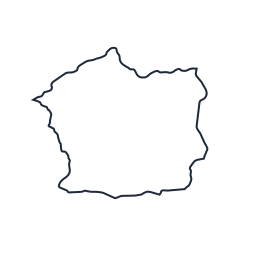 an SVG outline of Kamphaeng Phet, rotated 65°
{"feature_id": "THA-400", "entity_name": "Kamphaeng Phet", "entity_type": "Province", "adm_level": 1, "iso_a3": "THA", "parent_name": "Thailand", "parent_adm1": "", "projection": "albers", "projection_center": [99.403, 16.336], "detail": "fine", "context": "isolated", "style": "outline", "palette": "slate", "viewbox_px": 256, "rotation_deg": 65, "n_neighbors": 0, "source": "natural_earth", "source_scale": "10m", "svg_char_len": 3641}
<svg xmlns="http://www.w3.org/2000/svg" viewBox="0 0 256 256"><g transform="rotate(65 128 128)"><path d="M187.8,72.2L186.1,78.9L186.1,81.1L186.5,82.3L187.4,84.2L189.8,88.3L190.4,88.8L191.0,89.1L191.6,89.1L192.8,89.0L193.4,89.1L193.9,89.3L194.8,89.8L196.1,90.7L197.1,91.2L197.7,91.4L200.2,91.8L201.2,92.3L202.4,93.2L204.6,95.4L205.5,96.6L206.0,97.5L206.2,99.2L207.3,102.6L201.4,118.7L199.6,121.9L199.2,122.9L199.1,123.8L199.3,124.3L199.6,124.8L200.0,125.2L200.3,125.5L201.1,126.2L201.7,127.6L195.4,134.8L193.9,137.2L193.6,139.8L193.6,141.1L194.0,143.8L192.3,150.0L186.9,162.3L186.6,163.7L186.4,168.3L186.2,169.1L185.8,169.7L176.5,177.7L175.5,178.8L172.8,183.0L170.2,188.4L168.3,191.3L167.1,192.8L166.6,193.7L166.4,194.4L166.5,195.0L166.4,196.1L165.8,198.1L161.6,208.4L160.9,209.3L159.7,209.5L158.6,210.0L158.2,210.3L153.3,214.8L152.4,215.2L151.7,215.3L150.7,214.8L150.4,214.5L149.0,212.9L147.9,211.1L147.5,210.1L146.9,207.8L146.2,204.2L145.4,202.2L144.8,201.3L144.2,200.4L143.9,200.1L143.1,199.4L142.6,199.1L141.7,198.6L136.4,196.9L135.0,196.1L133.5,194.8L133.0,194.6L132.5,194.4L131.8,194.5L131.1,194.6L130.3,194.6L129.7,194.5L128.6,194.1L128.0,194.0L126.6,194.0L124.9,194.3L123.6,194.6L122.8,195.2L122.3,195.9L121.8,197.1L121.2,197.6L120.6,197.8L120.0,197.8L116.2,196.6L114.2,195.7L113.5,195.7L112.2,196.0L111.5,196.0L106.6,195.2L104.9,194.7L104.1,194.7L102.9,194.9L100.1,196.0L99.3,196.0L98.8,195.8L98.1,195.6L97.1,195.7L96.4,196.2L95.7,196.9L94.6,197.5L94.0,198.1L93.3,198.8L92.7,199.0L92.3,198.9L91.9,198.6L91.6,198.2L91.1,197.3L90.7,196.9L90.3,196.6L89.9,196.3L88.8,195.9L87.9,195.3L83.8,192.1L83.3,191.9L82.8,191.7L82.2,191.6L81.5,191.6L78.3,192.1L77.6,192.8L76.9,192.8L76.1,192.8L75.1,192.7L74.6,192.9L74.2,193.2L73.4,194.2L71.5,196.0L70.7,196.6L69.9,196.8L68.0,196.8L67.4,197.0L66.9,197.3L64.7,199.4L62.4,202.0L61.9,196.5L62.6,193.7L62.6,192.9L62.4,192.3L61.9,191.4L60.4,189.2L60.2,188.5L60.4,187.5L60.7,186.3L61.1,183.8L61.0,182.6L61.0,181.7L60.7,181.3L60.4,180.8L59.7,180.1L59.2,179.8L58.6,179.7L57.4,179.6L56.6,179.3L55.9,178.7L54.9,177.4L54.5,176.4L52.1,161.9L52.0,161.2L52.2,159.9L52.3,159.3L53.1,157.2L53.6,156.2L53.9,155.4L54.2,154.2L54.3,151.5L54.2,150.2L53.9,149.4L52.9,148.7L52.2,148.1L51.2,146.5L50.8,144.5L50.1,138.6L50.1,136.5L51.6,130.7L51.7,130.0L51.8,127.5L52.0,126.1L52.3,125.0L52.6,122.5L52.7,119.7L52.6,118.3L52.4,117.4L52.1,116.9L51.8,116.5L51.1,115.8L50.5,115.4L50.1,114.7L48.8,110.8L48.7,109.2L48.8,108.2L49.3,107.1L49.8,106.2L50.4,105.5L50.7,105.4L51.1,105.2L51.6,105.2L52.7,105.4L53.3,105.6L54.5,105.8L55.1,105.8L55.8,105.8L58.0,105.3L58.7,105.3L59.3,105.4L60.4,105.7L62.5,106.5L63.1,106.7L64.4,106.7L66.3,106.5L67.9,105.9L71.5,103.8L72.7,102.8L74.0,102.0L74.7,101.8L75.1,101.6L75.5,101.3L75.9,100.9L76.1,100.5L76.8,98.9L77.1,98.5L77.4,98.1L77.9,97.8L78.4,97.6L79.0,97.5L83.6,97.3L84.8,96.9L85.3,96.7L87.0,95.6L87.5,94.9L88.1,94.0L89.0,92.1L89.3,91.0L89.5,90.1L89.1,87.7L89.0,87.1L88.4,85.5L88.3,84.9L88.1,82.6L88.1,80.0L88.3,78.7L88.5,77.8L89.0,76.9L89.4,76.5L89.8,76.3L90.4,76.1L91.0,75.5L91.6,74.6L93.4,69.9L95.7,66.7L96.2,64.8L96.2,63.4L96.0,62.3L95.6,60.3L95.7,58.0L96.0,57.0L96.4,56.3L98.3,55.4L98.8,54.8L99.4,54.0L100.2,52.4L100.6,51.4L100.7,50.6L100.7,46.8L101.3,44.5L103.2,40.7L107.5,43.7L109.4,44.1L117.3,42.0L125.6,41.3L127.5,41.4L129.2,41.8L129.9,42.1L130.9,42.7L131.7,43.4L132.6,44.6L132.9,45.0L133.4,46.0L133.5,46.6L133.7,47.8L133.7,49.8L133.8,50.4L134.2,51.5L134.5,51.9L134.9,52.3L155.8,65.3L156.6,65.5L157.9,65.6L158.5,65.6L163.4,64.8L174.2,64.9L177.0,64.6L179.6,64.6L180.5,64.9L181.1,65.3L182.8,67.2L183.9,68.3L185.2,69.9L187.8,72.2Z" fill="none" stroke="#1e293b" stroke-width="2"/></g></svg>